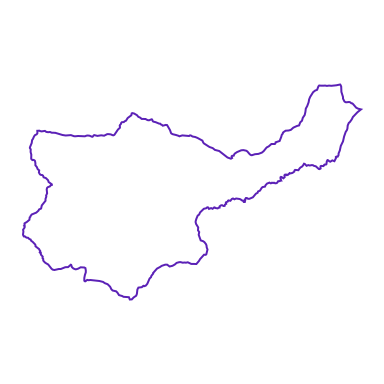 outline of Uramita, Antioquia, Colombia
{"feature_id": "7082276B6364248933950", "entity_name": "Uramita", "entity_type": "district", "adm_level": 2, "iso_a3": "COL", "parent_name": "Colombia", "parent_adm1": "Antioquia", "projection": "albers", "projection_center": [-76.11, 6.912], "detail": "fine", "context": "isolated", "style": "outline", "palette": "violet", "viewbox_px": 384, "rotation_deg": 0, "n_neighbors": 0, "source": "geoboundaries", "source_scale": "gbopen_adm2", "svg_char_len": 5965}
<svg xmlns="http://www.w3.org/2000/svg" viewBox="0 0 384 384"><path d="M361.0,109.4L358.2,108.7L356.2,107.7L353.0,104.0L352.3,103.4L351.4,103.3L350.2,102.3L349.1,102.0L346.0,102.3L345.2,102.0L344.4,101.4L343.0,98.6L343.0,97.0L341.4,91.9L341.2,86.6L340.7,85.3L340.1,84.5L336.3,85.3L331.3,85.8L329.0,85.6L326.9,85.9L325.4,85.6L321.3,85.7L319.2,85.5L318.4,86.4L317.1,89.8L315.1,90.6L313.1,92.2L310.1,97.0L309.1,99.5L308.6,102.3L307.2,106.1L305.8,108.6L305.4,111.9L304.7,115.0L302.8,117.8L302.0,120.7L300.2,122.4L299.1,125.4L296.9,126.0L293.4,127.6L290.8,129.9L288.6,130.5L285.6,130.7L283.4,132.2L282.9,132.8L282.8,133.6L281.8,134.8L281.2,137.0L279.6,141.0L275.6,142.3L275.4,143.4L274.8,144.0L271.4,144.0L268.7,146.4L266.9,147.3L266.1,148.1L263.7,151.1L261.9,152.6L258.4,153.9L255.0,154.2L251.9,155.2L251.0,155.1L249.8,154.3L247.3,151.4L246.2,150.7L243.4,150.1L241.2,150.3L237.0,152.1L234.9,153.5L234.2,154.4L233.7,155.7L232.2,155.8L231.7,156.2L231.6,156.7L232.1,158.0L230.9,158.7L227.5,157.5L219.2,151.0L214.9,149.9L212.7,148.1L209.5,147.0L203.9,143.4L203.2,142.5L202.4,140.6L197.4,137.9L195.2,137.0L192.5,136.5L190.7,135.4L189.9,135.4L189.1,136.0L182.3,135.4L179.4,136.3L178.5,135.8L176.0,135.0L172.7,134.2L171.4,133.5L171.0,133.0L170.0,130.1L167.1,125.1L165.8,124.9L162.8,125.7L161.8,124.8L161.1,124.6L160.2,123.7L159.3,123.7L155.7,122.2L153.3,121.6L152.8,121.2L152.1,119.5L151.6,119.3L149.0,120.3L147.5,120.1L145.5,119.0L141.6,118.9L140.3,117.7L138.3,116.8L137.0,115.2L134.1,113.5L132.3,113.1L131.7,113.4L131.3,115.3L127.7,118.0L126.0,120.7L124.6,121.3L123.8,122.1L121.9,122.2L121.2,122.9L120.9,124.0L120.0,125.0L119.7,125.7L120.0,127.1L119.8,127.9L118.0,129.5L114.4,134.8L113.5,135.3L112.6,135.2L110.8,134.4L108.5,134.1L107.3,134.1L104.1,135.7L101.2,135.3L97.4,135.9L94.3,135.1L93.8,135.3L92.6,136.7L92.2,136.8L89.5,135.7L87.6,135.5L86.4,135.7L84.9,136.3L78.1,136.0L75.2,136.3L74.0,136.2L70.9,135.1L65.7,135.5L62.5,135.0L55.2,132.8L51.7,132.7L50.0,132.0L48.1,132.2L46.3,131.9L44.9,130.9L41.6,131.4L40.2,131.1L39.5,130.7L37.3,130.8L37.4,133.2L36.7,134.3L34.9,135.2L34.0,136.5L32.9,139.0L32.1,140.1L31.7,143.0L29.9,147.4L29.9,148.1L30.7,149.3L30.6,152.0L31.3,154.6L31.2,158.8L32.4,160.1L33.6,159.9L34.5,160.4L35.0,161.0L35.4,163.2L35.4,165.3L36.8,167.0L37.7,169.2L39.2,170.4L38.9,172.5L39.9,174.3L40.9,174.9L42.4,175.1L43.1,175.8L43.6,177.3L45.9,178.1L48.1,180.3L48.6,182.0L51.8,184.3L51.9,184.9L50.6,185.4L49.9,186.4L47.8,187.2L47.1,187.9L46.7,189.3L47.1,193.3L46.1,195.6L46.3,196.7L45.5,198.9L45.5,200.8L41.8,205.4L41.1,208.5L39.0,209.5L38.5,210.6L36.3,212.6L31.7,214.5L30.6,216.0L30.3,216.9L29.7,217.4L29.4,219.8L26.8,222.0L24.6,223.3L24.4,223.9L24.7,225.1L24.1,225.8L24.7,226.4L24.6,227.5L23.1,229.7L23.4,231.7L23.0,234.5L23.3,235.6L24.0,236.5L24.7,236.3L26.4,237.6L28.1,237.8L29.4,239.1L30.6,239.5L31.2,240.8L32.6,241.8L35.2,244.5L35.5,245.3L35.5,246.3L39.1,249.1L39.6,250.2L40.2,250.9L40.2,251.4L39.7,252.3L40.1,252.8L40.8,252.8L40.9,254.6L42.7,256.6L42.5,258.1L43.2,258.9L43.2,260.2L43.6,261.1L45.3,262.8L48.2,264.5L51.5,268.7L52.6,269.6L54.4,270.0L58.8,269.0L60.8,269.0L65.3,267.2L68.1,267.1L70.8,264.7L71.2,264.9L71.9,267.1L73.4,268.5L75.4,269.3L76.5,269.2L78.3,268.6L80.6,267.3L84.3,267.5L85.4,268.1L85.8,270.4L85.8,272.3L84.9,275.0L84.3,278.0L84.3,280.7L84.7,281.2L85.4,281.3L87.2,279.9L88.6,280.2L90.4,280.0L99.4,281.0L103.0,281.9L104.9,283.2L107.6,284.2L110.1,286.7L111.4,289.3L112.6,290.5L116.1,291.3L117.4,292.6L119.0,295.1L122.1,296.0L123.5,296.8L128.9,297.2L129.8,299.5L131.8,299.4L133.7,297.4L136.2,295.7L136.9,293.8L137.4,289.5L138.4,287.6L141.8,287.2L143.1,286.0L143.7,285.8L144.1,286.2L145.7,285.7L147.3,283.8L149.6,278.5L151.0,277.2L151.4,275.8L153.2,273.6L153.1,273.0L157.0,268.6L160.2,266.9L161.6,265.9L165.1,264.7L167.2,264.7L169.6,266.5L172.5,265.8L174.8,264.5L176.6,262.9L179.1,262.2L180.5,262.1L182.7,262.7L184.8,262.5L185.9,262.7L187.8,262.3L191.2,263.9L196.4,264.0L199.1,260.8L200.0,259.2L203.6,255.2L204.1,254.7L205.7,254.8L206.3,254.3L207.5,249.5L206.7,247.4L206.5,245.5L206.0,244.2L204.4,242.1L203.1,241.2L200.7,240.4L198.7,234.8L199.2,232.1L198.0,230.3L198.2,227.4L196.1,224.0L195.6,222.1L195.7,221.1L196.4,218.7L197.7,215.6L199.1,214.6L200.1,212.4L203.8,208.8L206.3,208.2L207.1,207.4L207.7,207.3L208.2,207.5L209.0,208.9L211.1,208.1L212.6,208.8L214.2,207.4L214.7,207.4L215.2,208.0L217.7,208.4L218.6,207.7L219.6,207.6L219.7,206.3L221.1,205.3L222.1,205.2L223.5,206.0L224.6,205.9L224.9,204.7L226.2,203.8L225.8,202.9L225.9,202.4L227.8,201.5L228.0,200.7L228.4,200.4L230.4,200.8L231.8,199.0L233.0,198.5L234.4,199.3L236.1,198.5L239.6,199.0L240.6,199.4L241.9,200.4L242.8,200.6L243.8,202.0L244.8,202.0L245.1,200.8L244.8,200.4L245.2,199.9L244.9,199.4L245.5,199.0L245.8,198.1L246.8,198.0L248.1,198.8L249.4,198.8L252.9,197.3L255.9,193.7L257.6,192.8L258.0,191.5L260.0,190.6L261.6,188.0L262.5,187.1L265.0,186.6L265.5,185.3L267.0,183.6L269.5,182.6L270.6,183.3L271.6,183.1L272.0,182.7L273.2,183.0L274.0,182.7L275.2,183.3L276.7,183.1L277.6,182.2L277.9,181.4L278.3,181.2L279.9,181.1L280.4,180.4L281.2,180.5L280.5,178.3L280.5,177.3L281.0,176.9L281.7,177.1L283.4,178.3L284.7,177.1L284.4,175.3L285.1,174.6L286.5,174.6L286.5,175.1L286.8,175.2L288.2,174.7L288.7,174.0L289.3,173.8L289.6,173.1L290.6,173.4L292.5,172.9L294.3,171.6L294.5,170.5L295.1,169.9L298.4,170.2L299.6,168.4L300.6,167.4L301.9,166.7L303.0,165.5L304.0,163.7L304.7,163.9L306.6,165.8L308.2,165.1L309.8,165.5L311.7,165.1L312.9,165.2L313.8,165.8L315.8,166.3L318.8,169.0L319.6,169.1L320.6,168.5L320.4,167.0L320.7,166.1L321.4,165.9L323.3,166.1L324.0,165.5L324.2,164.8L324.8,164.5L325.9,164.6L326.4,164.2L326.8,161.4L327.5,160.1L328.0,160.2L329.3,161.3L330.3,161.7L332.3,160.4L334.4,161.2L336.0,158.0L335.8,157.0L336.0,156.8L336.8,156.5L337.6,156.7L338.5,155.2L338.6,153.4L339.8,150.5L340.8,145.9L343.0,141.4L344.1,136.5L345.7,131.9L346.9,130.1L347.4,128.6L347.7,125.5L348.8,122.9L349.9,122.0L351.8,119.3L352.9,117.0L357.5,112.2L361.0,109.4Z" fill="none" stroke="#5b21b6" stroke-width="2"/></svg>